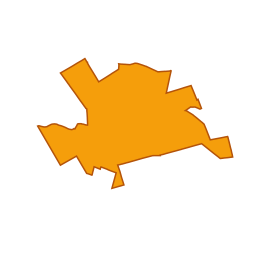 Lehliu, Calarasi, Romania (Natural Earth projection), rotated 55°
{"feature_id": "2599482B77078336789858", "entity_name": "Lehliu", "entity_type": "district", "adm_level": 2, "iso_a3": "ROU", "parent_name": "Romania", "parent_adm1": "Calarasi", "projection": "natural_earth1", "projection_center": [26.817, 44.478], "detail": "fine", "context": "isolated", "style": "filled", "palette": "amber", "viewbox_px": 256, "rotation_deg": 55, "n_neighbors": 0, "source": "geoboundaries", "source_scale": "gbopen_adm2", "svg_char_len": 3802}
<svg xmlns="http://www.w3.org/2000/svg" viewBox="0 0 256 256"><g transform="rotate(55 128 128)"><path d="M74.6,200.9L80.7,201.4L119.7,204.7L121.5,186.3L141.5,187.9L141.9,187.5L142.8,186.8L145.9,184.6L145.9,184.4L144.3,182.6L144.0,182.3L143.9,182.2L143.7,182.0L143.2,181.3L140.3,178.0L145.8,174.4L144.5,172.8L144.4,172.7L144.5,172.4L150.2,168.5L150.6,168.4L152.6,167.1L157.9,163.4L168.2,175.8L172.3,164.0L164.7,161.6L159.1,159.6L152.4,157.7L153.5,155.2L153.9,153.9L154.2,153.4L154.5,152.5L154.7,151.9L155.1,150.9L155.6,149.3L156.4,147.3L157.1,145.2L158.4,141.5L161.2,133.3L164.8,123.6L169.1,117.4L168.6,117.2L169.8,114.3L170.6,111.8L175.0,99.6L176.2,96.3L176.2,96.1L178.6,89.4L179.3,87.3L180.7,83.3L182.5,78.3L183.1,76.9L183.1,76.7L184.0,76.4L197.7,72.4L201.9,71.1L203.5,70.6L205.0,70.2L205.6,70.0L205.9,69.9L206.4,69.0L207.9,66.1L209.5,63.3L211.8,58.9L209.8,58.0L207.2,57.0L205.4,56.2L203.6,55.6L201.8,54.9L199.0,53.8L197.2,53.1L196.1,52.7L194.5,52.1L192.8,51.4L192.1,51.3L191.7,52.3L191.0,53.7L190.7,54.5L188.8,58.8L187.6,61.4L184.9,67.4L173.0,64.5L168.4,63.5L167.2,63.8L166.2,64.0L164.6,64.5L162.7,65.0L160.0,65.7L157.9,66.3L156.0,66.9L154.7,67.2L154.4,67.3L152.5,68.1L149.7,69.3L148.7,69.7L147.6,70.2L147.3,70.3L147.0,70.6L146.7,70.9L146.7,67.7L146.7,66.2L146.7,65.5L146.7,64.7L147.3,64.0L148.1,62.9L148.6,62.1L149.3,61.1L149.5,60.9L150.7,60.1L151.6,59.5L152.7,58.9L152.8,58.8L153.8,58.2L154.1,56.6L149.4,55.4L145.8,54.5L144.6,54.2L144.6,54.4L144.7,55.1L144.7,55.5L143.8,55.3L137.4,53.8L129.4,52.0L128.9,53.6L127.3,58.4L126.6,60.7L125.8,63.3L124.9,66.1L124.1,68.5L123.0,71.9L122.0,74.9L121.5,76.4L121.4,76.7L113.9,68.6L109.7,64.1L105.9,59.9L105.5,60.0L105.4,60.5L105.3,61.1L105.2,61.2L104.6,62.3L103.7,63.8L103.0,65.0L102.6,65.5L101.7,67.0L101.4,67.5L100.6,68.8L100.0,69.9L99.3,71.0L99.2,71.2L99.0,71.3L98.9,71.4L98.8,71.5L97.2,72.4L96.0,73.1L94.5,74.0L90.3,76.4L88.4,77.5L88.0,77.7L88.0,77.8L86.3,79.0L85.0,79.9L84.3,80.4L84.1,80.6L81.9,82.2L80.6,83.2L80.4,83.4L79.5,84.4L79.2,84.8L79.0,85.0L78.7,85.8L78.3,87.2L77.8,88.5L77.4,89.7L77.2,90.0L77.0,90.4L76.7,90.8L76.4,91.1L75.3,92.5L74.7,93.2L74.0,94.1L73.4,94.9L72.8,95.6L71.8,96.9L71.2,97.6L70.1,98.8L70.6,99.0L70.8,99.1L71.0,99.2L71.3,99.4L71.8,99.8L72.7,100.5L73.2,100.9L73.5,101.2L74.5,102.0L74.4,104.1L74.3,106.6L74.1,109.8L74.1,111.7L74.0,113.9L73.9,116.1L73.7,120.2L73.6,121.9L73.5,123.5L73.4,125.4L73.4,125.5L73.2,125.5L71.9,125.4L69.2,125.2L66.4,125.0L56.5,124.4L56.4,124.4L54.9,124.3L52.8,124.1L51.6,123.9L51.1,123.6L50.9,123.5L50.7,123.8L49.0,123.7L47.0,123.5L46.4,123.5L46.2,127.1L45.7,132.7L45.4,138.0L45.0,142.8L44.9,143.9L44.2,151.8L46.7,151.7L49.0,151.7L53.9,151.6L54.6,151.6L57.7,151.6L58.1,151.5L58.9,151.5L59.2,151.6L69.1,151.4L74.4,151.4L78.4,151.4L82.1,151.3L85.6,151.3L86.0,151.3L86.3,151.2L86.5,151.2L86.9,151.2L87.5,151.3L87.9,151.3L88.4,150.8L88.7,150.9L89.2,151.1L89.4,151.2L90.4,151.9L92.2,152.9L96.1,155.3L97.6,156.3L99.2,157.3L101.5,158.8L102.4,159.5L101.3,160.8L99.7,162.0L99.4,162.3L99.0,162.6L98.5,163.2L98.3,163.5L97.8,163.7L97.5,164.0L97.3,164.3L96.9,164.9L96.5,165.5L96.3,165.8L95.9,166.4L95.8,167.1L96.1,167.7L96.4,168.1L96.5,168.4L96.8,168.8L97.0,169.5L97.4,170.2L97.5,170.5L97.6,171.0L98.0,171.3L98.3,171.7L98.2,172.0L98.0,172.4L97.8,172.8L97.5,172.8L97.5,173.2L97.4,173.9L97.2,174.7L97.0,175.1L95.5,176.6L94.8,177.2L93.8,177.8L92.9,178.3L91.9,178.8L90.0,180.0L88.1,181.3L87.2,182.0L86.2,182.9L86.0,183.1L84.1,184.1L83.9,184.3L83.6,184.6L83.4,184.8L83.1,185.2L82.9,185.4L82.3,186.1L82.0,186.7L81.6,187.4L81.4,187.7L81.2,188.2L81.0,189.0L80.9,189.3L80.9,189.7L80.7,190.9L80.6,191.5L80.4,193.2L80.5,193.3L80.2,194.1L80.1,194.3L79.8,194.9L79.2,195.9L79.0,196.2L78.8,196.4L78.1,197.0L77.5,197.6L76.6,198.4L75.7,199.1L75.0,199.8L74.7,200.5L74.6,200.9Z" fill="#f59e0b" stroke="#b45309" stroke-width="1.5"/></g></svg>